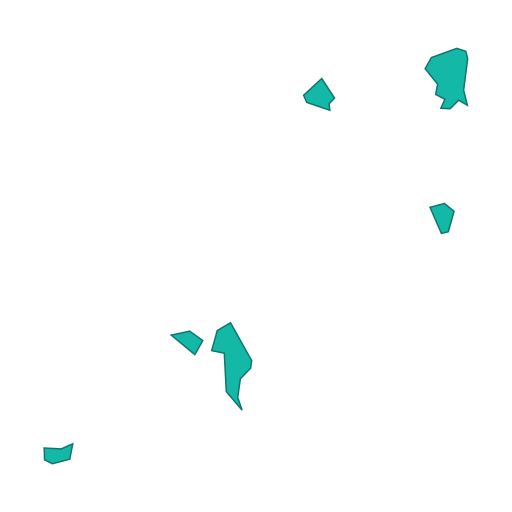 map outline of Marquesas Islands (Albers equal-area conic projection), rotated 88°
{"feature_id": "PYF-4967", "entity_name": "Marquesas Islands", "entity_type": "state/province", "adm_level": 1, "iso_a3": "PYF", "parent_name": "French Polynesia", "parent_adm1": "", "projection": "albers", "projection_center": [-139.551, -9.25], "detail": "coarse", "context": "isolated", "style": "filled", "palette": "teal", "viewbox_px": 512, "rotation_deg": 88, "n_neighbors": 0, "source": "natural_earth", "source_scale": "10m", "svg_char_len": 746}
<svg xmlns="http://www.w3.org/2000/svg" viewBox="0 0 512 512"><g transform="rotate(88 256 256)"><path d="M396.7,279.2L409.6,275.3L390.5,290.4L352.0,291.1L349.0,303.6L329.1,297.3L321.8,283.8L360.4,264.0L367.9,265.3L378.1,275.9L396.7,279.2ZM107.4,48.0L115.6,56.9L114.8,66.1L105.9,61.7L100.8,70.8L90.7,68.5L74.7,80.4L63.8,73.8L55.5,48.1L58.8,39.1L66.4,37.6L97.5,42.7L112.7,39.5L107.4,48.0ZM100.9,172.0L106.5,177.7L112.9,177.1L104.3,199.9L97.0,202.8L80.9,184.1L100.9,172.0ZM437.3,445.7L452.5,449.2L456.5,466.7L452.4,474.4L440.5,474.4L442.0,457.4L437.3,445.7ZM238.5,63.0L239.9,69.9L213.4,80.4L210.1,65.8L218.3,56.5L238.5,63.0ZM338.7,312.1L352.4,320.6L332.1,343.5L328.8,325.0L338.7,312.1Z" fill="#14b8a6" stroke="#0f766e" stroke-width="1.5"/></g></svg>